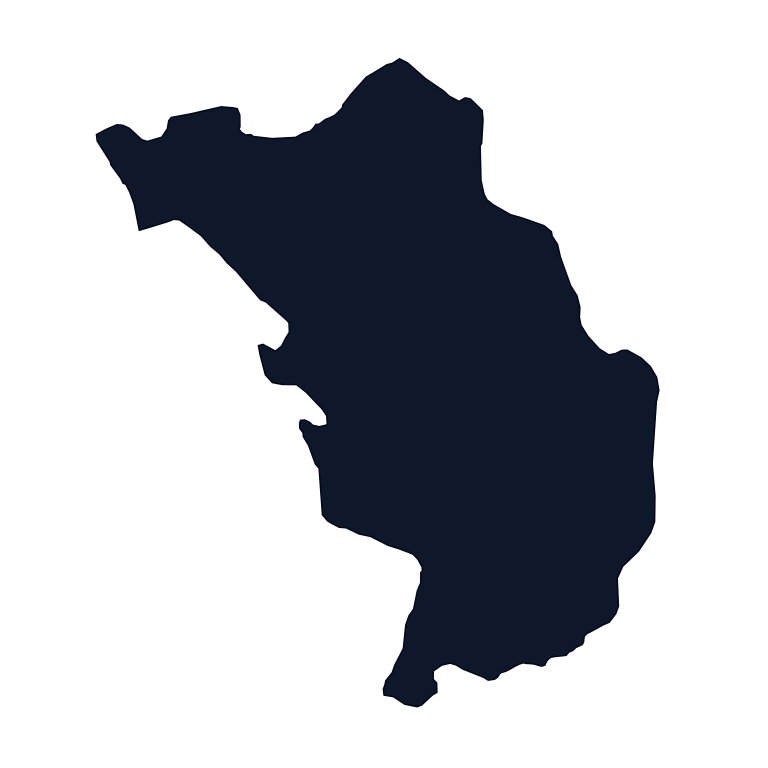 Tejutla, San Marcos, Guatemala (Albers equal-area conic projection), rotated 357°
{"feature_id": "79465075B17053106613054", "entity_name": "Tejutla", "entity_type": "district", "adm_level": 2, "iso_a3": "GTM", "parent_name": "Guatemala", "parent_adm1": "San Marcos", "projection": "albers", "projection_center": [-91.837, 15.154], "detail": "fine", "context": "isolated", "style": "filled", "palette": "ink", "viewbox_px": 768, "rotation_deg": 357, "n_neighbors": 0, "source": "geoboundaries", "source_scale": "gbopen_adm2", "svg_char_len": 2919}
<svg xmlns="http://www.w3.org/2000/svg" viewBox="0 0 768 768"><g transform="rotate(357 384 384)"><path d="M559.2,240.7L552.1,234.3L531.1,225.6L519.1,221.5L502.2,210.6L496.3,205.3L493.8,199.6L491.5,185.8L492.5,151.3L494.1,148.8L496.7,125.5L496.4,116.0L494.2,113.7L486.9,105.7L485.0,103.8L480.1,102.5L473.7,105.7L464.1,99.9L459.1,94.7L441.4,81.2L424.4,64.6L416.5,60.0L409.3,64.2L403.7,65.3L388.8,73.4L382.5,76.6L365.7,93.5L362.7,97.2L357.5,103.2L356.9,106.0L349.1,113.0L343.7,115.3L339.3,116.8L332.7,121.2L329.6,121.2L326.6,125.0L323.5,127.7L316.2,129.4L308.6,133.1L285.1,133.1L266.5,130.0L264.0,128.0L258.9,128.1L254.6,125.1L252.4,121.6L253.6,119.7L254.1,107.9L251.9,101.4L247.8,100.3L236.0,98.7L204.4,104.2L185.5,106.7L182.8,109.8L181.0,117.8L175.0,125.9L160.4,129.4L154.9,127.4L143.2,115.4L136.8,112.0L130.9,111.1L120.6,114.9L109.9,119.8L110.3,126.3L122.3,147.7L122.7,150.8L131.8,164.6L134.0,169.8L136.6,171.0L140.2,179.0L143.9,191.1L147.7,217.7L162.7,214.0L178.7,209.9L182.4,208.5L188.3,209.3L198.3,217.1L209.3,226.2L218.2,237.4L226.7,245.3L233.7,254.6L240.3,261.4L242.5,263.6L265.1,293.3L270.5,295.8L290.4,315.4L292.3,317.9L292.2,327.4L288.1,333.2L283.8,340.7L277.3,345.5L265.2,338.1L260.6,339.1L261.7,347.7L266.0,368.6L272.6,376.7L282.2,379.1L296.5,380.0L305.6,387.8L315.2,399.0L321.1,405.8L325.2,412.8L325.2,421.8L317.2,423.3L310.6,421.5L307.7,418.4L303.0,415.8L298.8,415.9L297.7,418.7L297.6,423.9L300.6,428.4L300.8,432.5L305.3,440.8L311.4,460.4L314.8,464.7L315.7,511.4L320.5,517.7L324.9,520.7L331.8,524.7L338.7,525.6L351.1,532.4L362.6,535.5L379.6,545.3L390.7,549.4L404.1,555.4L408.8,561.0L412.6,569.1L412.5,573.0L410.9,574.1L410.3,584.4L406.5,592.3L401.8,610.5L396.9,616.7L393.1,626.0L389.5,649.3L380.1,665.3L377.2,672.6L370.3,680.4L369.3,684.3L367.4,688.7L367.8,694.7L377.0,696.7L387.9,704.8L400.2,708.0L404.9,706.4L415.9,697.2L420.7,694.6L420.9,685.4L417.6,681.4L418.2,673.2L426.8,667.8L435.4,666.2L441.3,668.3L447.9,672.8L468.3,682.2L472.6,685.2L478.9,684.6L482.0,682.7L483.9,679.9L485.7,678.3L488.2,677.8L490.6,677.2L494.2,675.6L496.3,674.6L500.1,672.6L504.7,670.7L508.6,669.7L511.5,670.5L514.0,670.7L516.3,671.0L519.3,671.5L521.8,672.4L523.9,673.2L526.7,674.0L529.9,673.1L530.8,671.3L531.8,669.4L533.8,667.3L536.3,665.6L539.3,665.2L541.3,665.0L546.2,664.8L548.7,664.7L551.7,664.4L553.1,662.9L554.8,661.2L558.1,660.2L559.7,659.1L561.7,657.1L564.6,656.1L566.3,655.3L568.4,654.5L569.8,651.9L570.4,648.0L571.1,646.0L573.7,643.7L576.9,642.4L578.8,641.5L588.7,636.7L591.4,635.5L596.4,633.7L603.4,625.5L606.5,618.1L606.7,590.3L612.8,578.5L617.5,574.5L629.5,564.0L642.4,546.6L647.0,535.7L648.7,510.0L647.6,477.6L655.0,416.2L658.1,404.8L656.6,391.7L650.8,380.5L642.0,371.4L628.6,363.0L623.3,362.9L617.1,365.6L610.1,366.7L600.9,360.3L590.2,347.3L583.8,335.8L582.6,327.8L583.6,317.6L581.3,305.9L575.5,295.5L566.8,266.5L564.6,253.7L559.6,245.0L559.2,240.7Z" fill="#0f172a" stroke="#020617" stroke-width="1.5"/></g></svg>